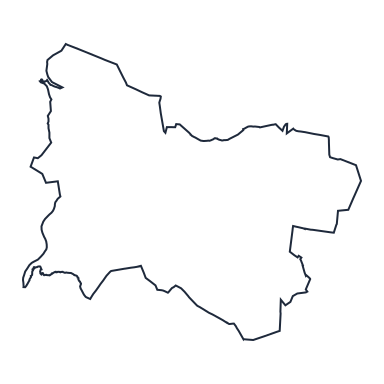 outline of Cēsis, Cesu, Latvia
{"feature_id": "27541924B8130819472735", "entity_name": "Cēsis", "entity_type": "district", "adm_level": 2, "iso_a3": "LVA", "parent_name": "Latvia", "parent_adm1": "Cesu", "projection": "orthographic", "projection_center": [25.251, 57.313], "detail": "fine", "context": "isolated", "style": "outline", "palette": "slate", "viewbox_px": 384, "rotation_deg": 0, "n_neighbors": 0, "source": "geoboundaries", "source_scale": "gbopen_adm2", "svg_char_len": 5630}
<svg xmlns="http://www.w3.org/2000/svg" viewBox="0 0 384 384"><path d="M305.8,289.4L310.2,279.1L310.1,278.7L308.7,277.3L306.4,275.3L305.9,275.9L304.6,272.6L302.6,265.5L302.9,265.4L301.4,261.6L301.1,260.8L300.3,259.2L301.4,257.6L298.7,255.8L297.6,257.4L294.3,255.2L289.8,251.7L292.5,230.6L292.7,228.6L293.1,226.0L296.5,226.8L297.1,226.9L303.2,228.3L304.9,229.0L305.0,228.6L310.8,229.7L312.7,229.8L331.1,232.4L333.8,232.7L336.3,224.9L336.8,224.0L338.0,210.8L348.3,209.8L353.4,198.0L354.4,195.8L361.0,180.9L356.0,165.2L340.4,159.1L337.8,159.5L332.8,158.1L330.1,157.2L329.3,154.7L328.9,142.0L328.9,140.2L328.7,137.3L328.3,136.5L319.8,134.9L314.2,134.0L305.3,132.2L300.7,131.5L298.6,131.3L296.5,130.9L295.6,130.5L294.6,129.8L293.3,128.9L293.2,128.7L286.8,133.4L287.2,123.8L286.4,123.9L285.7,124.3L284.0,126.7L283.8,127.2L283.2,128.9L282.5,130.8L278.9,127.5L275.7,124.2L274.6,124.4L272.9,124.8L272.4,124.7L259.9,127.4L259.3,127.0L254.9,126.5L253.3,126.6L251.1,126.3L249.2,126.4L248.1,126.6L246.2,127.6L244.3,128.7L243.1,129.1L243.3,130.1L237.9,134.6L229.4,138.9L227.8,139.9L225.8,140.1L223.9,140.1L223.0,140.4L222.0,140.5L220.4,140.0L219.0,139.7L218.5,139.3L217.7,139.1L217.4,138.9L217.0,138.4L216.8,138.4L216.3,138.5L216.0,138.5L215.6,138.3L215.3,138.2L214.9,138.2L214.5,138.3L214.3,138.5L213.5,139.1L213.0,139.4L212.0,139.8L210.9,140.3L209.7,140.7L209.3,140.8L208.2,140.6L207.2,140.8L204.1,141.0L203.4,141.0L200.7,140.6L197.8,139.0L195.4,137.6L194.5,137.2L193.3,136.6L192.9,136.4L192.7,136.2L192.3,136.1L191.9,135.8L191.4,135.3L191.2,135.1L190.9,134.9L191.0,134.8L189.2,132.8L179.7,124.4L176.2,124.1L175.2,127.2L166.9,127.1L165.4,132.8L163.9,131.1L160.8,113.4L159.8,106.0L159.3,102.7L159.7,101.2L160.5,98.8L160.8,96.5L159.8,95.9L149.1,95.4L146.7,94.3L142.2,92.3L135.9,89.3L127.0,85.3L125.9,82.5L123.3,77.6L120.2,71.4L116.8,64.5L104.9,59.9L101.4,58.4L78.2,49.0L67.6,44.9L65.8,44.0L61.4,50.7L53.1,55.3L47.5,60.0L47.1,62.0L47.3,64.0L46.4,70.8L47.4,74.7L48.2,77.0L52.0,82.1L62.4,87.4L60.0,88.5L59.0,88.0L56.6,87.1L55.4,86.8L53.8,86.2L53.5,86.1L52.7,85.6L51.6,85.1L50.5,84.9L49.8,83.9L48.8,82.9L48.3,82.0L47.9,81.4L47.5,80.6L47.1,80.0L46.8,80.4L46.5,80.8L46.4,81.0L45.7,81.2L45.3,81.4L45.0,81.6L44.6,81.5L44.1,81.4L43.5,82.0L43.1,82.3L42.5,82.0L41.8,81.0L41.7,80.9L42.0,80.7L42.4,80.4L42.4,80.2L42.3,79.9L42.1,79.6L41.9,79.5L41.6,79.4L41.1,79.6L41.1,79.8L40.8,80.7L40.6,80.9L40.4,81.0L39.9,81.2L40.8,82.3L44.3,83.6L46.8,86.2L48.0,89.4L49.0,94.2L50.1,97.4L51.4,99.4L50.2,101.8L50.9,111.1L47.8,115.9L48.5,118.7L48.5,121.6L47.7,123.5L48.5,124.7L48.5,128.2L49.4,132.6L49.4,138.1L51.2,142.6L41.5,155.2L39.3,157.0L37.8,158.2L33.2,157.3L33.9,157.7L33.5,158.8L30.6,166.7L42.3,173.9L46.0,182.8L57.8,181.3L59.9,194.6L60.4,196.5L57.7,198.8L56.5,200.7L55.3,202.3L54.9,204.2L54.8,206.1L54.0,208.7L53.0,210.8L51.5,212.7L49.5,214.4L47.8,216.1L45.1,218.9L43.3,221.6L41.5,226.3L41.6,229.7L42.4,232.7L44.1,236.8L45.2,238.8L46.2,241.4L46.7,244.4L46.8,247.3L46.3,249.4L45.0,251.2L43.4,253.8L40.9,256.6L37.9,259.6L33.4,261.9L31.7,262.9L29.4,265.1L27.2,268.6L25.2,271.5L24.2,274.8L23.2,277.7L23.0,280.0L23.4,282.8L23.6,286.2L23.5,287.1L25.2,287.2L26.7,285.3L26.9,284.6L27.3,284.2L29.1,280.9L29.5,280.4L29.5,279.4L31.0,277.0L30.8,276.0L31.5,275.6L32.1,274.9L32.2,273.6L32.2,272.0L32.3,271.4L33.0,270.4L32.5,269.7L32.5,269.3L33.1,268.9L33.8,268.9L34.0,268.7L33.7,268.0L33.6,267.8L33.8,267.2L34.3,267.1L35.5,267.6L36.2,267.2L37.2,267.1L37.7,266.7L38.2,266.5L39.5,266.4L39.7,266.5L40.2,266.6L40.3,266.6L41.4,269.2L41.2,269.2L40.7,269.6L40.7,269.9L40.2,271.1L40.1,271.5L40.4,272.7L40.3,273.1L40.6,273.7L41.3,274.4L42.1,273.2L42.4,273.1L42.9,273.7L43.1,273.6L43.3,274.4L43.5,274.8L44.1,275.2L44.6,274.9L45.3,274.9L45.9,275.0L46.3,274.8L46.9,275.1L48.2,275.2L48.5,275.2L49.0,275.2L49.4,275.4L50.0,275.2L50.2,274.8L50.8,274.6L50.9,274.4L51.1,274.2L51.9,273.9L52.2,273.7L52.1,273.3L52.4,273.2L52.8,273.2L53.3,272.9L53.8,272.6L54.4,272.2L55.4,271.8L56.0,272.3L56.4,272.3L56.9,271.9L57.3,272.1L57.6,271.9L58.6,271.8L59.6,271.9L59.7,272.1L60.4,272.3L60.7,272.1L61.3,271.9L61.7,272.0L62.0,271.9L62.7,271.8L63.0,272.1L64.9,272.8L65.1,272.8L66.2,272.5L67.1,272.7L69.0,272.9L71.0,273.0L73.3,274.2L73.8,274.6L73.9,274.8L74.2,275.0L74.6,275.0L75.1,275.4L75.5,275.4L75.8,275.5L76.0,275.5L76.5,275.7L76.7,275.8L76.8,276.0L77.1,276.2L77.3,276.5L77.5,276.9L77.7,277.2L77.8,277.4L77.7,277.6L77.9,277.7L78.1,277.8L78.4,278.0L78.4,278.4L78.5,278.6L78.4,279.0L78.4,279.4L78.4,279.6L78.6,279.8L78.8,280.2L79.2,280.8L79.2,281.0L79.3,281.1L79.7,281.5L80.0,281.6L80.1,281.9L80.1,282.1L80.6,282.8L80.6,283.1L81.0,283.6L81.0,283.9L80.8,284.4L80.1,286.4L80.6,288.4L81.7,290.4L83.9,294.6L85.6,296.8L86.4,297.3L90.2,299.0L91.3,297.1L92.1,295.8L93.3,293.9L95.9,290.6L98.6,286.8L100.5,284.0L103.2,280.5L104.5,278.6L106.6,275.6L107.0,275.2L110.0,271.9L111.1,271.0L124.5,268.7L125.4,268.6L130.9,267.7L134.2,267.3L138.3,266.6L138.2,266.5L140.9,265.8L143.8,272.8L145.7,277.9L150.0,281.1L155.5,285.4L157.3,289.8L161.5,290.2L163.0,290.5L164.5,291.1L167.9,292.7L168.9,291.7L170.2,290.1L171.9,288.1L172.4,287.8L173.6,287.2L175.0,286.1L175.7,285.5L177.5,286.4L181.1,288.3L184.6,291.8L188.3,296.2L189.1,297.3L196.0,304.5L197.3,305.8L199.8,307.1L209.0,312.8L212.4,314.4L220.9,319.1L222.7,320.1L226.9,322.8L227.0,322.6L228.6,323.7L229.1,324.0L229.8,324.0L233.1,323.6L233.9,323.6L236.0,326.4L236.5,327.5L237.1,328.5L238.7,330.9L243.4,339.2L243.5,339.0L244.4,339.3L253.2,340.0L260.9,337.4L264.2,336.3L276.6,331.9L279.7,330.9L280.6,313.5L280.4,311.7L280.8,299.7L285.4,305.3L290.4,301.9L292.8,296.1L297.3,293.5L305.9,292.4L306.3,292.1L307.3,291.6L305.8,289.4Z" fill="none" stroke="#1e293b" stroke-width="2"/></svg>